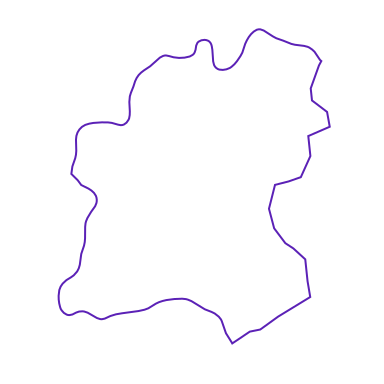 the district of Sabana Iglesia, La Vega, Dominican Republic, rotated 84°
{"feature_id": "3306468B1703224271200", "entity_name": "Sabana Iglesia", "entity_type": "district", "adm_level": 2, "iso_a3": "DOM", "parent_name": "Dominican Republic", "parent_adm1": "La Vega", "projection": "albers", "projection_center": [-70.716, 19.324], "detail": "fine", "context": "isolated", "style": "outline", "palette": "violet", "viewbox_px": 384, "rotation_deg": 84, "n_neighbors": 0, "source": "geoboundaries", "source_scale": "gbopen_adm2", "svg_char_len": 2337}
<svg xmlns="http://www.w3.org/2000/svg" viewBox="0 0 384 384"><g transform="rotate(84 192 192)"><path d="M346.8,167.8L336.9,149.1L335.9,138.5L324.9,119.3L308.8,85.4L292.8,86.4L270.8,86.4L258.7,97.1L252.7,104.5L236.7,114.1L216.7,117.2L193.6,108.7L191.6,94.9L188.6,82.2L168.6,70.5L148.5,70.5L141.5,48.2L126.5,49.3L113.5,63.1L101.4,63.1L79.4,52.5L75.3,49.7L74.0,50.9L65.3,55.5L62.8,57.7L60.6,60.3L59.7,61.8L58.4,65.3L56.3,74.3L55.1,77.7L51.0,85.5L47.9,92.1L45.7,95.3L38.9,103.8L37.4,107.0L37.2,108.8L37.4,110.6L38.9,113.8L41.1,116.7L43.8,119.3L46.9,121.6L50.2,123.6L58.7,127.4L62.0,129.7L66.6,133.6L69.4,136.5L71.7,139.7L72.6,141.4L73.6,145.0L73.8,148.6L73.1,152.1L72.3,153.6L71.1,155.0L69.6,156.1L67.9,156.8L64.3,157.3L52.7,156.9L49.1,157.1L47.3,157.4L45.7,158.0L44.1,159.1L43.1,160.4L42.4,162.0L42.0,163.6L42.1,166.8L43.2,169.8L44.2,171.0L46.8,172.5L50.9,173.6L53.5,174.8L54.7,175.7L55.7,177.0L57.0,180.1L57.6,185.4L57.3,190.9L56.1,196.2L54.4,200.6L53.5,203.5L53.4,205.0L53.7,206.7L55.0,209.9L62.6,220.5L66.0,227.0L67.9,230.1L70.1,232.8L72.8,235.1L75.9,237.0L80.9,239.2L87.0,242.4L90.3,243.8L95.9,244.9L105.3,245.4L109.0,245.9L112.4,246.9L113.8,247.8L116.2,249.9L117.8,252.7L118.1,254.2L118.1,255.8L117.3,258.5L114.9,264.5L114.0,268.3L113.3,274.5L113.0,282.9L113.3,287.0L114.1,291.1L115.7,294.6L118.0,297.4L120.8,299.6L124.1,301.1L127.8,301.9L139.1,302.8L142.8,303.5L146.2,304.6L154.1,308.3L161.4,310.1L168.4,304.4L173.5,301.4L177.8,294.6L180.0,291.9L182.6,289.6L185.7,288.0L187.5,287.6L189.4,287.5L191.2,287.7L193.0,288.2L196.0,289.8L201.2,294.4L206.9,298.7L210.0,300.4L211.8,301.1L215.5,301.9L226.9,303.2L230.6,303.9L234.1,305.0L242.0,308.6L252.7,311.2L256.1,312.6L259.0,314.5L262.5,318.3L264.2,321.3L266.5,326.1L269.6,330.2L272.3,332.5L275.6,334.2L281.3,335.5L285.1,335.8L288.9,335.7L292.6,335.2L294.4,334.8L296.1,334.0L298.8,332.1L300.8,329.5L301.4,328.1L301.6,326.5L301.3,323.7L299.8,319.8L299.1,316.8L299.2,313.4L299.6,311.7L301.1,308.4L307.4,299.7L308.8,296.6L309.1,295.0L308.8,292.0L306.8,286.1L305.7,280.4L305.3,274.3L304.8,257.6L304.1,251.5L303.1,247.6L299.3,239.7L298.1,236.3L297.3,232.6L296.8,228.7L296.6,220.8L297.1,213.0L297.9,209.2L298.6,207.4L300.5,203.9L310.0,191.5L313.3,185.1L315.2,182.1L318.8,178.4L321.8,176.5L323.5,175.9L336.0,173.0L345.4,168.4L346.8,167.8Z" fill="none" stroke="#5b21b6" stroke-width="2"/></g></svg>